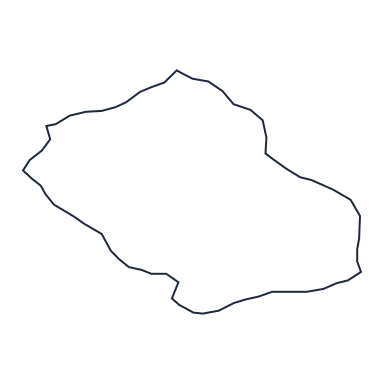 outline of Agios Symeon, Cyprus
{"feature_id": "46923920B72100366560122", "entity_name": "Agios Symeon", "entity_type": "district", "adm_level": 2, "iso_a3": "CYP", "parent_name": "Cyprus", "parent_adm1": "", "projection": "natural_earth1", "projection_center": [34.234, 35.488], "detail": "fine", "context": "isolated", "style": "outline", "palette": "slate", "viewbox_px": 384, "rotation_deg": 0, "n_neighbors": 0, "source": "geoboundaries", "source_scale": "gbopen_adm2", "svg_char_len": 884}
<svg xmlns="http://www.w3.org/2000/svg" viewBox="0 0 384 384"><path d="M332.9,189.5L311.3,180.0L300.1,177.2L286.1,168.6L273.0,159.2L265.5,153.5L266.4,137.4L262.7,120.3L250.5,109.9L233.6,104.2L222.4,91.0L208.4,81.5L192.5,78.7L183.1,73.9L176.7,70.4L164.4,82.5L151.3,87.2L140.0,91.9L126.0,102.3L115.7,107.1L101.7,110.9L85.8,111.8L69.8,115.6L55.8,124.1L46.4,126.0L50.2,139.3L41.8,150.6L29.6,160.1L23.0,170.5L32.4,179.1L40.8,185.7L45.5,194.2L53.9,204.6L60.8,208.7L74.5,216.9L83.9,223.6L101.7,234.0L111.0,251.0L118.5,258.6L128.8,267.1L141.9,270.0L151.3,273.8L166.3,273.8L178.4,282.3L171.9,298.4L179.4,305.0L193.4,312.6L202.8,313.6L218.7,310.7L233.7,303.1L245.8,299.4L258.9,296.5L272.0,291.8L291.7,291.8L306.7,291.8L323.5,288.9L336.6,283.2L347.9,280.4L361.0,271.9L357.2,261.5L357.2,249.1L359.1,238.7L360.0,216.0L350.7,199.9L332.9,189.5Z" fill="none" stroke="#1e293b" stroke-width="2"/></svg>